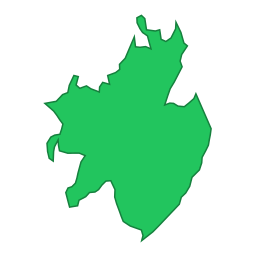 Portalegre, Rio Grande do Norte, Brazil
{"feature_id": "56859067B24443946953027", "entity_name": "Portalegre", "entity_type": "district", "adm_level": 2, "iso_a3": "BRA", "parent_name": "Brazil", "parent_adm1": "Rio Grande do Norte", "projection": "equal_earth", "projection_center": [-38.025, -6.029], "detail": "fine", "context": "isolated", "style": "filled", "palette": "green", "viewbox_px": 256, "rotation_deg": 0, "n_neighbors": 0, "source": "geoboundaries", "source_scale": "gbopen_adm2", "svg_char_len": 1521}
<svg xmlns="http://www.w3.org/2000/svg" viewBox="0 0 256 256"><path d="M141.7,240.6L152.9,231.8L158.6,226.0L179.3,204.2L181.3,197.2L185.7,193.0L189.7,186.3L192.0,177.3L199.4,169.9L201.7,162.9L202.1,157.4L205.7,150.7L208.4,145.2L209.3,139.8L210.3,134.7L211.1,128.7L195.9,93.8L193.9,98.6L188.8,103.1L184.3,106.7L178.0,106.1L173.6,103.4L169.8,103.1L164.7,105.0L167.8,95.5L170.2,88.7L174.2,82.1L182.1,66.8L180.1,61.1L181.7,54.5L187.4,45.9L183.9,43.0L180.9,32.4L176.0,22.3L175.6,28.9L171.0,38.0L165.9,41.5L161.1,39.3L159.7,29.8L155.4,31.0L146.5,29.8L144.8,18.6L141.4,15.4L136.9,17.8L137.1,22.8L140.0,28.7L142.6,32.5L147.5,35.9L148.9,41.2L151.0,48.9L145.6,46.6L140.0,47.3L135.5,46.8L134.3,36.9L125.2,58.3L119.5,64.3L119.7,69.4L115.6,72.6L107.7,75.5L109.6,84.3L102.7,82.4L99.6,87.0L99.3,92.0L90.9,88.8L86.5,85.9L79.8,88.3L76.1,85.0L78.3,76.6L73.9,75.5L69.3,85.3L67.8,92.6L62.6,94.6L56.3,101.3L44.9,103.4L53.7,111.1L56.9,115.4L59.7,119.7L62.9,124.0L61.6,129.2L59.9,134.3L54.7,135.1L50.8,137.1L47.0,143.3L47.6,151.5L49.2,158.3L53.2,161.1L53.6,151.5L54.5,146.8L58.1,139.9L58.5,145.4L59.5,150.8L67.7,153.2L75.3,153.1L79.2,153.1L85.2,155.6L81.0,162.0L78.0,173.1L76.9,178.2L75.4,183.2L71.9,186.7L68.0,188.0L65.8,192.6L68.2,201.9L69.6,207.1L77.6,205.8L79.0,200.2L85.7,196.7L89.5,192.5L95.0,192.0L98.6,189.6L101.9,185.1L105.9,181.1L110.8,180.7L115.0,189.6L114.7,197.0L116.6,203.6L119.7,211.9L121.3,216.5L123.3,221.5L130.2,226.0L135.5,227.9L141.4,230.0L143.0,235.6L141.7,240.6Z" fill="#22c55e" stroke="#15803d" stroke-width="1.5"/></svg>